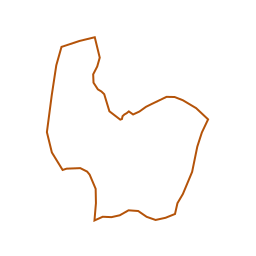 Osmaniye, Equal Earth projection, rotated 346°
{"feature_id": "TUR-4842", "entity_name": "Osmaniye", "entity_type": "Province", "adm_level": 1, "iso_a3": "TUR", "parent_name": "Turkey", "parent_adm1": "", "projection": "equal_earth", "projection_center": [36.291, 37.313], "detail": "fine", "context": "isolated", "style": "outline", "palette": "amber", "viewbox_px": 256, "rotation_deg": 346, "n_neighbors": 0, "source": "natural_earth", "source_scale": "10m", "svg_char_len": 773}
<svg xmlns="http://www.w3.org/2000/svg" viewBox="0 0 256 256"><g transform="rotate(346 128 128)"><path d="M117.7,31.9L117.6,52.9L113.0,60.9L107.2,67.5L105.5,75.7L108.1,83.2L111.0,86.1L113.1,89.4L114.0,107.3L122.5,118.0L124.3,117.8L125.6,115.2L127.8,114.0L130.3,113.3L132.8,112.1L136.2,116.1L143.0,114.8L150.6,111.8L156.5,110.5L172.9,107.1L180.7,109.2L187.9,114.3L198.9,125.2L207.8,139.0L198.6,150.2L190.7,162.9L179.6,186.1L165.3,205.3L157.8,212.9L152.8,222.8L142.7,224.2L132.5,223.9L124.6,218.7L117.8,211.0L108.6,208.0L98.9,210.7L90.4,210.5L82.0,208.0L73.1,209.6L78.7,193.2L81.9,179.2L79.5,164.0L77.8,160.4L72.0,155.4L58.6,152.6L54.4,152.9L48.2,133.3L48.3,112.4L62.0,77.6L73.6,49.8L83.1,33.2L102.0,31.8L117.7,31.9Z" fill="none" stroke="#b45309" stroke-width="2"/></g></svg>